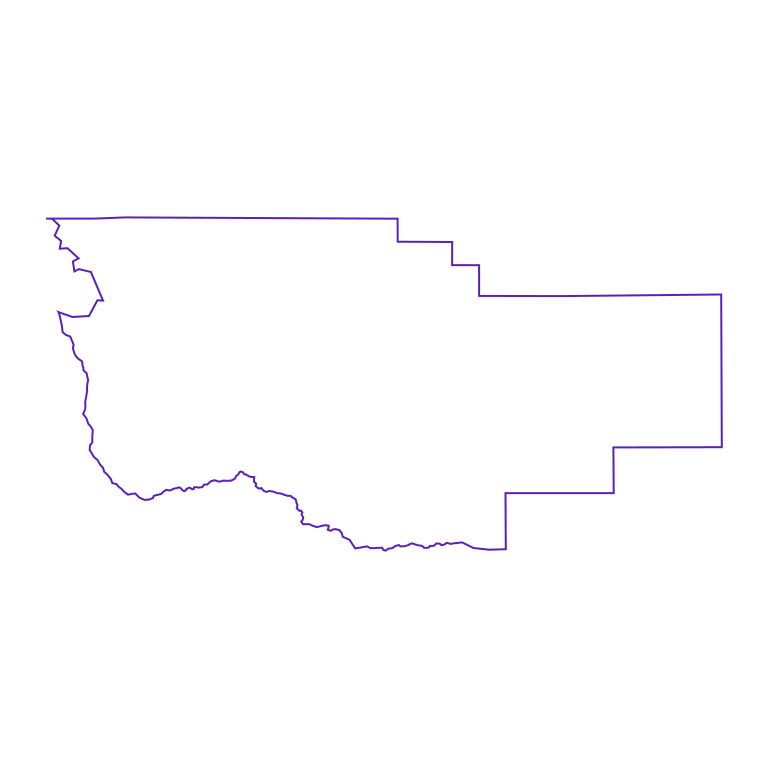 the district of Teton, Montana, United States of America
{"feature_id": "52423323B79770151103522", "entity_name": "Teton", "entity_type": "district", "adm_level": 2, "iso_a3": "USA", "parent_name": "United States of America", "parent_adm1": "Montana", "projection": "robinson", "projection_center": [-112.547, 47.818], "detail": "fine", "context": "isolated", "style": "outline", "palette": "violet", "viewbox_px": 768, "rotation_deg": 0, "n_neighbors": 0, "source": "geoboundaries", "source_scale": "gbopen_adm2", "svg_char_len": 2768}
<svg xmlns="http://www.w3.org/2000/svg" viewBox="0 0 768 768"><path d="M58.5,312.1L58.9,312.8L60.3,318.2L62.0,326.5L62.6,332.1L65.7,334.8L70.2,336.5L72.4,341.7L73.6,345.0L72.9,348.4L74.5,353.5L75.7,356.0L78.2,358.7L82.2,361.5L82.5,365.5L83.4,367.9L83.4,370.2L86.6,373.2L87.2,376.3L88.1,380.2L87.3,384.1L87.0,388.3L87.1,391.3L86.3,395.8L85.9,398.1L85.2,402.0L85.4,405.7L85.2,409.4L83.1,414.0L86.3,418.1L88.3,423.8L90.8,426.6L92.7,429.8L92.6,432.5L92.3,436.7L92.3,442.4L90.0,445.4L89.7,450.2L91.2,452.2L92.7,455.1L94.9,457.9L97.3,459.7L100.1,464.6L103.0,467.7L104.2,471.8L107.2,474.5L110.8,478.9L112.3,483.1L116.5,484.1L118.7,486.8L121.3,488.7L124.4,492.0L128.0,494.7L131.9,493.8L135.2,493.5L139.5,497.7L144.6,499.9L149.2,499.5L152.9,498.1L153.6,496.1L155.5,495.3L157.4,494.9L161.1,494.0L163.2,491.9L166.2,489.8L169.9,490.5L173.5,488.8L177.0,488.0L179.3,487.3L181.1,488.6L182.3,490.1L184.1,491.2L185.9,490.2L186.2,489.2L188.2,488.1L189.5,487.6L190.7,488.2L192.2,489.4L193.8,488.8L193.9,487.5L196.2,487.1L198.4,487.6L202.3,487.1L204.0,484.6L206.9,484.6L208.9,483.1L210.8,481.3L214.6,480.2L217.7,481.3L220.2,481.6L223.3,480.6L226.7,480.8L230.8,480.7L233.9,479.3L235.4,478.2L235.8,476.4L238.3,474.4L239.4,472.3L240.8,471.5L243.3,472.5L243.8,473.8L244.7,474.4L245.8,474.3L248.9,476.3L251.0,476.9L254.3,477.1L254.1,478.9L254.0,481.6L256.2,483.7L255.6,485.9L257.6,487.8L259.4,488.7L261.4,488.0L262.7,489.7L263.7,490.8L266.6,492.0L268.9,491.0L272.9,491.5L277.2,493.1L281.4,493.6L284.5,494.9L287.6,495.8L290.7,495.8L292.2,497.3L295.7,499.3L296.5,502.9L297.5,505.4L296.7,508.2L299.5,510.9L301.1,510.6L302.4,512.6L301.5,514.6L303.3,517.5L302.6,520.0L301.2,521.7L302.9,524.2L305.2,524.1L309.7,524.3L313.1,525.9L316.9,527.1L322.0,525.8L325.1,525.2L328.7,525.7L328.5,527.6L327.8,529.8L330.9,530.8L332.8,529.5L335.4,529.1L339.4,530.1L341.7,533.0L342.8,536.8L345.8,538.1L349.8,540.0L352.0,543.6L353.9,546.4L355.1,548.4L358.4,547.9L361.8,547.3L367.0,546.4L370.4,548.1L374.7,548.1L378.3,547.8L382.2,547.8L383.4,550.0L385.7,550.6L388.1,548.8L392.4,548.1L395.1,546.1L398.8,545.0L400.4,546.4L404.4,546.2L408.1,545.2L410.0,544.0L412.0,543.4L414.0,544.0L417.9,545.3L422.0,545.8L424.0,547.7L426.5,547.9L428.7,547.5L429.8,546.0L433.8,545.8L436.3,543.5L439.8,543.6L441.4,545.2L444.5,544.5L446.5,542.9L451.3,543.9L453.1,543.4L462.1,542.4L473.5,548.0L489.2,549.7L505.8,549.2L505.5,493.1L613.7,493.1L613.4,447.4L622.2,447.4L721.8,447.2L721.2,294.5L561.0,296.1L479.1,295.9L479.1,265.2L452.1,265.1L452.2,242.0L397.7,241.7L397.6,218.7L125.1,217.4L94.0,218.6L46.1,218.6L52.0,218.7L59.3,225.6L54.7,235.7L61.1,241.0L59.8,248.7L67.5,248.2L78.6,258.4L72.9,261.4L74.4,271.4L79.0,269.1L90.9,272.0L103.0,300.6L97.4,300.3L89.0,316.0L72.5,317.0L58.5,312.1Z" fill="none" stroke="#5b21b6" stroke-width="2"/></svg>